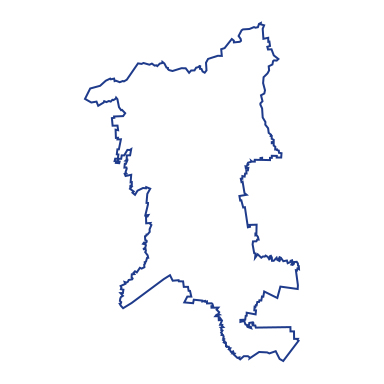 Soteapan, Veracruz, Mexico
{"feature_id": "50627088B11342287528543", "entity_name": "Soteapan", "entity_type": "district", "adm_level": 2, "iso_a3": "MEX", "parent_name": "Mexico", "parent_adm1": "Veracruz", "projection": "mercator", "projection_center": [-94.904, 18.229], "detail": "fine", "context": "isolated", "style": "outline", "palette": "blue", "viewbox_px": 384, "rotation_deg": 0, "n_neighbors": 0, "source": "geoboundaries", "source_scale": "gbopen_adm2", "svg_char_len": 6028}
<svg xmlns="http://www.w3.org/2000/svg" viewBox="0 0 384 384"><path d="M240.2,359.4L243.8,356.2L247.9,356.2L249.9,357.6L249.7,358.3L259.1,352.0L267.1,352.4L269.4,353.4L275.7,351.2L279.6,358.9L283.2,361.0L298.6,340.7L297.2,339.4L297.6,338.9L294.1,338.9L294.0,331.4L290.5,331.4L290.4,327.1L255.8,327.6L255.3,325.5L253.1,325.4L253.5,324.9L252.5,324.1L253.4,323.1L252.9,322.3L249.3,322.9L249.1,324.7L248.3,325.0L248.9,326.7L250.7,326.8L251.2,328.2L247.5,326.9L246.6,324.9L245.4,324.4L244.2,320.9L240.4,321.9L240.4,319.9L245.2,319.7L245.7,315.9L246.7,315.7L246.7,312.7L255.6,314.4L256.0,310.4L254.3,310.3L254.6,306.8L255.4,307.1L255.8,305.2L256.6,305.3L257.3,302.0L259.1,301.9L259.4,300.3L261.3,300.5L262.0,296.5L263.3,296.7L264.2,291.5L277.3,298.0L280.4,286.6L297.7,289.0L297.9,285.2L295.9,270.3L296.9,270.6L297.5,268.4L299.0,269.2L298.8,266.0L298.0,265.6L297.9,263.5L296.7,261.8L294.3,262.0L293.7,264.1L292.6,264.9L291.4,264.6L292.7,262.4L292.1,260.3L290.7,260.8L290.7,261.9L287.7,263.2L286.9,260.5L283.3,261.2L280.9,257.8L279.6,257.2L278.7,259.0L280.0,259.9L279.5,261.0L277.3,259.9L276.6,257.7L273.7,260.8L272.0,260.8L271.8,257.5L270.9,255.8L270.0,256.2L269.9,258.8L269.2,259.3L267.9,257.0L265.6,255.6L264.8,256.6L262.9,256.5L261.3,257.7L257.7,254.3L255.1,257.8L255.6,253.5L254.2,253.2L252.6,244.4L253.0,241.4L256.4,241.3L257.2,239.6L258.6,239.6L257.9,236.9L256.6,235.1L255.4,235.4L255.4,233.4L256.4,233.2L256.6,224.7L249.6,224.9L250.0,226.8L247.9,227.3L244.9,207.2L243.2,207.5L241.3,200.3L240.2,200.5L239.4,196.0L246.6,194.8L244.5,193.1L242.6,181.7L241.5,182.1L240.8,178.7L242.1,178.4L242.3,179.7L242.4,176.1L244.6,176.6L245.1,173.6L246.5,173.5L246.3,170.2L247.9,170.3L248.3,167.9L245.8,168.1L245.5,166.3L246.3,166.4L248.2,164.7L247.4,164.1L248.1,162.7L251.5,161.7L251.3,161.0L252.0,161.6L254.8,161.6L254.8,159.8L260.4,159.9L260.5,158.0L262.1,157.8L262.1,159.9L270.0,160.1L270.0,157.9L271.8,157.9L271.8,155.8L276.8,155.9L276.7,157.5L281.2,157.5L281.5,153.2L279.0,152.8L278.8,150.6L276.9,150.0L276.9,149.4L275.2,149.5L275.3,146.7L273.7,145.6L273.7,143.1L271.8,143.2L271.8,142.1L273.7,141.9L273.7,139.8L271.7,138.8L271.7,136.0L270.7,136.0L271.0,134.7L268.7,132.9L268.1,128.2L265.3,124.7L265.4,122.0L262.7,117.5L262.1,108.4L260.4,104.7L260.4,103.4L262.5,101.2L261.0,95.3L264.3,93.5L265.0,90.3L263.1,83.1L263.6,77.2L267.5,73.4L269.1,70.4L268.7,66.3L272.4,64.5L273.1,61.1L274.0,60.4L276.7,60.6L278.4,59.0L273.8,55.4L271.5,49.3L268.0,49.5L267.3,46.8L270.0,46.0L269.4,41.6L268.3,41.8L268.2,37.8L263.4,38.8L262.7,28.8L264.1,25.3L260.6,24.3L260.8,23.0L259.0,23.9L257.9,27.2L255.5,27.7L254.0,27.1L249.4,29.0L243.0,29.4L241.6,30.3L238.6,36.0L240.7,39.0L241.0,40.8L239.8,41.8L233.9,42.4L233.8,40.6L231.8,39.0L224.6,48.1L221.2,49.2L221.8,55.9L217.8,55.8L208.1,58.9L206.0,62.7L206.5,70.4L204.7,72.7L202.6,71.5L201.5,69.0L200.0,68.8L200.2,66.2L199.5,66.0L198.4,67.1L196.1,67.7L194.5,70.4L191.1,70.5L189.1,72.8L185.7,68.3L181.5,68.2L172.5,71.0L169.1,70.1L167.9,69.1L167.9,67.9L166.5,67.6L164.4,63.5L162.4,61.9L162.3,63.0L159.8,63.6L157.3,66.1L156.3,65.3L154.6,65.6L151.9,63.6L149.4,64.7L143.5,63.0L141.6,63.9L138.0,63.4L126.8,79.7L123.9,81.4L122.9,81.0L119.7,82.2L115.9,80.7L114.6,81.1L114.1,78.6L110.8,79.3L110.2,78.6L105.8,80.7L100.1,85.8L90.2,88.5L85.0,98.9L91.3,102.5L96.5,101.6L98.2,105.8L103.7,102.5L104.2,101.2L106.4,102.1L108.9,101.0L110.7,101.6L112.4,99.8L113.4,100.1L115.7,98.7L116.1,97.6L117.4,99.2L119.0,107.2L121.1,110.2L122.0,109.9L125.2,113.2L123.1,116.1L114.1,116.5L114.3,117.8L111.9,118.1L112.6,125.7L117.5,125.6L118.1,130.2L115.6,129.7L115.9,137.9L117.9,137.8L117.5,139.4L120.9,139.3L118.9,149.3L117.4,149.3L116.8,154.3L118.4,154.5L117.8,158.8L115.2,158.7L114.6,161.1L116.3,161.2L115.9,162.9L119.2,163.2L119.6,161.6L117.5,161.3L118.7,158.8L121.2,158.8L121.7,155.4L124.2,155.4L127.4,149.9L129.7,150.0L131.2,149.1L130.1,155.3L126.8,155.4L126.7,158.8L127.2,159.2L125.6,160.7L127.1,160.9L125.8,163.9L124.8,163.8L124.4,167.6L126.4,167.5L126.7,168.7L125.5,172.3L126.4,173.5L124.7,173.9L125.6,176.0L131.2,174.8L130.6,182.3L131.8,182.1L131.8,185.4L130.4,185.7L130.3,186.8L131.5,186.9L130.0,188.8L133.7,191.5L132.5,192.7L135.0,194.8L137.5,190.7L143.0,188.0L146.0,188.3L146.2,187.1L150.2,188.7L147.3,193.9L146.5,202.9L148.0,203.0L147.9,204.7L145.3,215.4L148.4,215.0L147.5,216.5L146.0,216.7L146.2,223.3L150.3,223.0L149.9,223.6L151.4,225.0L149.6,229.2L149.7,231.9L147.5,234.5L146.5,234.5L146.3,235.7L145.0,236.3L145.2,239.9L146.6,240.7L146.7,241.8L146.0,242.6L144.1,242.5L143.1,243.8L145.5,244.4L145.9,245.2L145.3,247.5L143.1,249.4L145.5,248.8L145.9,250.9L145.2,252.1L147.6,255.3L148.2,257.8L147.0,258.0L146.0,261.6L144.7,262.2L145.1,263.6L144.2,264.5L144.4,267.2L141.6,268.6L139.9,267.8L136.8,272.4L135.0,271.3L133.5,272.9L134.3,274.1L131.8,274.3L131.6,277.3L132.6,278.4L132.2,279.3L128.7,280.0L127.9,281.7L126.5,282.6L124.6,282.0L125.3,283.9L120.6,286.0L121.4,287.6L120.9,289.2L123.4,289.7L122.9,293.0L120.5,293.1L122.9,295.8L120.9,297.1L120.3,298.5L119.9,300.9L121.2,302.1L120.8,303.4L119.7,303.7L120.8,305.7L123.1,308.2L131.6,303.0L163.8,279.1L170.0,275.2L172.7,280.7L178.6,280.2L178.8,281.3L183.1,281.4L183.8,286.9L188.0,286.9L188.6,290.8L190.0,290.9L191.3,296.6L187.3,296.6L184.3,302.4L193.1,303.2L193.8,299.7L202.3,300.6L202.3,301.5L205.1,300.9L205.3,301.8L207.0,301.4L207.0,303.4L211.7,303.3L212.5,304.1L213.0,305.8L211.4,306.2L211.5,307.7L218.3,307.6L216.6,309.7L219.2,312.2L218.2,313.9L219.2,314.5L216.5,314.8L215.4,316.2L218.6,316.2L218.8,320.2L220.5,320.1L220.6,318.7L222.0,320.6L220.1,324.8L222.3,324.9L222.1,326.2L223.2,327.1L220.8,327.6L221.4,328.2L221.2,331.0L221.7,329.9L222.5,330.5L221.1,332.6L222.0,333.6L221.6,335.0L223.1,335.1L223.7,336.9L223.2,338.2L224.2,339.0L223.1,340.0L224.6,341.3L223.8,342.4L225.1,343.1L225.1,342.6L225.9,342.7L226.0,346.1L226.7,346.1L226.8,346.9L228.8,346.8L229.0,347.9L230.2,348.2L228.9,349.4L230.2,350.2L230.7,351.6L231.6,352.3L233.1,351.4L233.7,353.0L233.0,353.5L234.6,353.7L233.9,354.6L237.4,357.9L239.4,357.4L239.2,358.6L240.2,359.4Z" fill="none" stroke="#1e3a8a" stroke-width="2"/></svg>